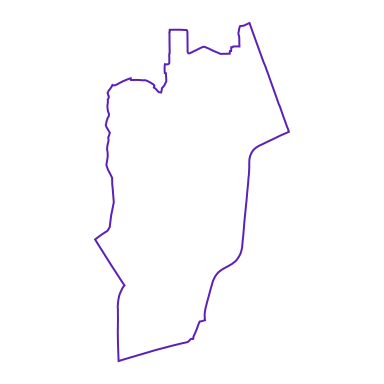 outline of Oshodi/Isolo, Lagos, Nigeria
{"feature_id": "59680162B18924931802221", "entity_name": "Oshodi/Isolo", "entity_type": "district", "adm_level": 2, "iso_a3": "NGA", "parent_name": "Nigeria", "parent_adm1": "Lagos", "projection": "robinson", "projection_center": [3.31, 6.537], "detail": "fine", "context": "isolated", "style": "outline", "palette": "violet", "viewbox_px": 384, "rotation_deg": 0, "n_neighbors": 0, "source": "geoboundaries", "source_scale": "gbopen_adm2", "svg_char_len": 4103}
<svg xmlns="http://www.w3.org/2000/svg" viewBox="0 0 384 384"><path d="M288.9,131.8L288.0,129.1L286.7,125.8L282.9,115.2L279.8,106.3L278.6,103.7L277.4,100.1L274.5,91.9L270.7,81.3L268.2,74.2L268.0,73.8L267.8,73.1L267.6,72.5L267.4,72.0L266.9,70.7L266.3,69.1L265.5,66.7L264.2,63.6L263.4,61.7L255.2,39.0L250.7,26.4L249.5,23.0L243.7,25.7L241.6,25.9L240.1,26.1L239.8,26.7L239.4,28.0L239.1,29.1L238.9,30.6L238.4,33.1L238.4,33.8L238.7,35.0L239.0,35.8L239.2,36.9L239.3,39.7L239.3,44.3L239.5,45.1L239.4,45.7L239.4,46.5L236.7,46.4L233.2,46.5L232.7,47.2L231.3,47.2L231.1,51.0L229.9,51.1L229.7,53.7L224.0,53.8L220.6,53.9L218.5,53.0L213.7,51.0L209.0,48.7L204.5,46.8L203.0,46.9L201.1,47.7L194.0,51.2L189.4,53.4L188.7,53.4L187.9,52.7L187.6,51.8L187.5,38.8L187.4,32.7L187.3,31.1L187.1,30.6L186.4,30.0L183.3,29.9L179.3,29.7L169.7,29.8L169.7,31.2L169.8,31.7L169.5,31.8L169.4,32.1L169.5,36.5L169.5,41.3L169.6,48.1L169.7,53.1L169.4,53.3L169.3,54.5L169.2,55.6L169.3,57.8L169.3,61.7L169.3,63.0L168.7,63.9L168.1,64.2L166.8,64.4L165.6,64.3L164.9,64.2L164.7,65.7L164.6,68.0L164.6,70.5L164.8,73.1L165.9,73.2L166.2,77.9L166.3,81.5L165.8,82.3L164.5,85.2L163.1,86.9L161.9,88.2L161.8,89.7L161.5,90.9L161.3,91.8L161.1,92.5L160.3,92.4L159.1,92.2L158.0,91.5L157.3,90.7L155.7,88.8L155.0,88.3L153.8,87.5L153.8,87.3L154.5,85.8L153.9,84.9L153.3,84.3L152.5,83.9L150.0,82.3L147.2,80.9L145.4,80.3L144.6,80.2L143.3,80.3L141.7,80.2L139.2,80.0L136.8,79.9L133.5,80.0L131.5,80.0L130.8,79.9L130.7,78.4L130.3,78.6L129.9,78.5L128.1,79.1L125.9,80.0L122.9,81.3L121.1,82.2L119.0,83.3L116.9,84.5L114.8,85.3L114.6,85.3L114.4,85.3L113.0,85.4L112.4,85.0L112.0,85.8L111.3,87.2L110.3,88.6L108.8,90.5L107.9,92.3L107.7,92.7L107.6,92.8L107.6,93.0L108.3,95.2L108.4,95.3L108.3,95.7L108.8,96.2L108.8,96.5L108.8,97.4L108.6,98.0L108.1,98.9L107.8,99.6L107.7,99.8L107.9,100.7L107.9,101.8L107.9,102.1L107.7,103.6L107.6,104.4L107.4,105.4L107.4,105.5L107.4,107.2L107.7,109.2L107.8,110.2L108.1,111.7L108.6,112.9L109.0,114.2L109.0,114.3L108.9,115.0L108.8,116.0L108.4,117.0L107.7,117.9L107.5,118.3L107.3,119.3L107.0,120.0L106.8,120.5L106.6,121.1L106.4,122.6L105.9,124.3L105.8,124.9L105.8,125.3L106.6,127.4L107.7,129.1L109.7,132.6L109.8,132.7L109.2,135.0L108.3,137.3L108.2,137.4L108.5,139.1L108.5,140.7L108.5,141.0L108.2,142.2L107.9,143.6L107.5,145.2L107.2,147.4L107.1,148.9L107.1,149.1L107.2,150.2L107.6,152.1L107.7,155.3L107.8,155.6L107.4,158.7L106.4,164.8L106.4,165.1L108.1,170.0L109.8,173.1L112.1,177.8L112.2,182.1L112.2,183.4L112.2,183.7L112.2,183.8L112.2,184.1L112.6,187.7L113.8,202.3L112.9,206.9L111.2,215.2L110.6,219.8L109.7,227.2L107.6,230.7L102.2,234.2L97.4,237.7L95.1,239.5L98.6,245.1L102.8,251.8L105.2,255.6L105.4,255.9L111.0,264.8L120.8,279.9L123.8,284.4L124.5,285.4L123.2,286.9L122.1,288.8L120.0,293.4L119.1,296.0L118.2,300.8L117.9,304.8L117.7,306.2L117.9,309.1L117.9,314.3L118.0,321.0L117.9,322.6L117.9,324.3L117.9,326.2L117.9,328.0L117.8,330.3L117.8,332.3L117.8,333.4L117.9,340.4L118.2,350.3L118.4,356.1L118.6,361.0L123.5,359.5L144.3,353.4L150.1,351.7L155.8,350.0L171.4,345.9L181.6,343.4L187.6,342.1L188.1,341.8L190.1,339.8L190.9,338.9L191.4,338.8L193.0,339.0L193.3,338.8L193.4,337.0L193.6,336.3L195.0,333.3L196.9,328.8L198.2,325.0L199.7,321.5L201.3,321.3L203.2,320.7L205.0,320.2L204.8,318.7L204.6,314.9L204.9,311.8L205.5,308.3L206.3,305.2L207.1,302.0L208.6,296.7L211.0,287.7L211.7,285.5L212.2,283.6L213.0,280.9L214.5,277.7L215.5,275.9L216.5,274.6L218.1,272.6L220.1,270.9L222.4,269.3L224.5,268.1L227.9,266.3L229.1,265.6L230.5,264.8L231.6,264.2L234.4,262.1L235.8,260.9L237.2,259.2L237.9,258.2L238.4,257.4L238.9,256.7L240.6,253.4L241.2,251.4L241.7,249.4L242.1,247.6L242.3,245.1L242.7,240.8L243.3,235.0L243.6,231.5L244.5,220.4L245.3,212.6L245.8,207.5L246.0,205.3L246.5,200.8L247.3,191.5L248.2,182.3L248.2,181.7L248.5,177.9L248.8,175.6L248.9,174.1L249.1,170.7L249.3,166.7L249.2,165.0L249.3,162.6L249.3,161.4L249.4,159.8L249.6,158.2L250.0,156.5L250.3,155.7L250.8,154.4L251.5,152.9L252.2,151.7L253.1,150.4L254.3,149.1L255.8,147.8L259.2,145.7L261.2,144.8L266.1,142.4L273.9,138.7L280.7,135.4L285.1,133.5L288.9,131.8Z" fill="none" stroke="#5b21b6" stroke-width="2"/></svg>